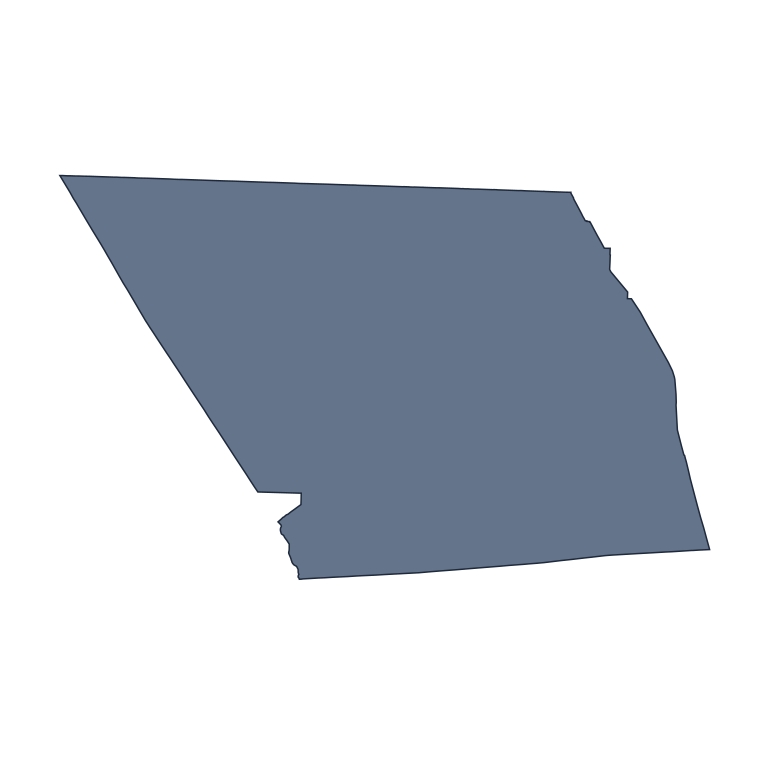 Khlong Luang, Pathum Thani, Thailand, rotated 272°
{"feature_id": "78962969B47132537574289", "entity_name": "Khlong Luang", "entity_type": "district", "adm_level": 2, "iso_a3": "THA", "parent_name": "Thailand", "parent_adm1": "Pathum Thani", "projection": "equal_earth", "projection_center": [100.696, 14.103], "detail": "fine", "context": "isolated", "style": "filled", "palette": "slate", "viewbox_px": 768, "rotation_deg": 272, "n_neighbors": 0, "source": "geoboundaries", "source_scale": "gbopen_adm2", "svg_char_len": 5825}
<svg xmlns="http://www.w3.org/2000/svg" viewBox="0 0 768 768"><g transform="rotate(272 384 384)"><path d="M185.9,306.2L186.1,308.3L186.4,310.0L186.9,315.5L187.8,325.0L188.3,331.5L189.1,339.8L190.3,354.4L191.1,362.4L191.7,369.3L192.8,382.9L193.6,391.2L194.4,400.2L194.9,406.1L195.2,409.4L196.3,422.0L196.6,425.5L197.0,428.8L198.0,436.9L199.0,445.5L199.8,452.7L200.7,461.0L203.4,484.0L205.9,505.9L207.0,514.7L208.6,529.4L209.4,535.9L210.2,543.1L210.7,547.0L211.1,550.3L212.5,559.2L213.8,567.6L214.9,575.5L215.9,582.2L217.1,590.0L218.1,597.0L219.1,603.6L220.2,610.9L220.6,614.2L221.0,618.0L221.9,627.6L222.5,634.1L223.4,643.7L224.6,657.1L225.2,663.5L225.9,671.0L226.4,677.2L228.4,697.5L228.4,698.3L229.0,704.3L229.9,715.2L240.8,711.8L251.8,708.4L261.2,705.2L273.4,701.4L299.6,693.5L308.3,691.2L316.9,688.8L320.3,687.7L323.1,686.9L323.3,686.7L323.5,686.2L332.6,683.4L348.3,678.8L373.0,676.6L375.9,676.7L383.9,676.2L398.7,674.5L401.2,673.9L407.2,671.8L415.5,667.4L452.4,644.9L464.6,637.7L477.8,628.3L477.8,624.3L479.8,624.3L481.9,624.3L484.4,624.3L503.1,607.6L504.0,606.8L506.2,605.6L506.5,605.5L513.4,605.6L519.1,605.6L520.6,605.7L520.8,605.7L520.9,605.4L521.0,605.3L521.6,605.3L525.6,605.3L527.4,605.3L527.4,605.2L527.5,605.2L527.4,601.9L527.4,599.4L533.9,595.6L539.3,592.3L544.6,589.2L552.8,584.5L552.8,584.0L553.5,583.9L553.6,581.0L554.1,581.0L554.1,579.6L554.2,579.4L556.3,578.2L557.4,577.5L558.5,576.8L561.0,575.5L564.7,573.4L570.6,570.0L575.7,567.0L576.4,567.0L581.3,564.1L582.1,564.1L582.0,558.3L582.0,556.8L582.0,554.4L582.0,552.5L582.0,551.0L582.0,549.0L582.0,548.4L582.0,546.7L582.0,545.3L582.0,544.3L582.0,541.8L582.0,538.5L582.1,537.1L582.0,535.6L582.0,533.2L582.0,531.9L582.0,529.9L582.0,527.7L582.0,524.9L582.0,523.4L582.0,522.3L582.0,520.2L582.0,519.2L582.1,514.6L582.1,513.5L582.0,512.2L582.0,511.4L582.0,510.0L582.0,508.7L582.0,507.2L582.0,505.4L582.0,503.8L582.0,501.6L582.0,499.0L582.0,497.8L582.0,496.3L582.0,494.2L582.0,491.3L582.0,490.7L582.1,489.8L582.1,488.9L582.1,487.1L582.0,485.8L582.0,480.6L582.0,479.0L582.0,477.4L582.0,475.0L582.0,473.8L582.0,472.3L582.0,471.0L582.0,470.3L581.9,468.4L581.9,467.7L581.9,466.3L581.9,465.3L581.9,464.2L581.9,463.7L582.0,461.2L582.0,460.7L581.9,459.5L581.9,457.6L581.9,457.3L582.0,456.6L582.0,456.1L582.0,455.8L581.9,455.1L581.9,454.7L582.0,451.5L582.0,448.9L582.0,446.7L582.0,443.9L582.0,442.5L582.0,439.7L582.0,436.2L582.0,435.0L582.0,433.6L582.0,432.8L581.9,429.2L581.9,427.0L581.9,425.8L581.9,424.7L581.9,423.5L581.9,421.3L581.9,418.4L581.9,417.7L581.9,416.8L582.0,416.1L581.9,415.5L581.9,414.4L581.9,413.7L581.9,410.7L581.9,409.0L581.9,407.8L581.9,407.2L581.8,406.4L581.8,406.0L581.8,403.7L581.9,401.8L581.9,399.9L581.9,397.7L581.8,395.5L581.8,394.2L581.8,389.3L581.8,386.7L581.8,382.0L581.8,378.9L581.8,375.3L581.8,373.6L581.8,370.6L581.8,367.7L581.8,364.6L581.7,353.8L581.7,350.3L581.8,348.5L581.7,342.4L581.7,341.4L581.7,339.5L581.7,336.7L581.7,333.4L581.7,330.4L581.7,328.3L581.7,327.5L581.7,324.6L581.7,320.9L581.6,307.4L581.6,305.6L581.6,301.9L581.5,294.0L581.5,292.2L581.6,287.8L581.6,280.4L581.6,276.9L581.6,271.9L581.6,266.2L581.5,260.9L581.5,245.3L581.5,239.2L581.5,231.8L581.5,226.6L581.4,216.5L581.4,213.4L581.4,209.2L581.4,207.5L581.4,196.9L581.4,195.2L581.4,189.6L581.4,189.1L581.4,186.4L581.4,185.4L581.4,180.5L581.4,178.6L581.4,175.2L581.3,172.7L581.3,169.0L581.3,167.1L581.4,162.6L581.4,155.6L581.4,154.4L581.4,150.9L581.4,150.3L581.4,146.5L581.4,145.2L581.4,140.6L581.3,133.6L581.3,130.5L581.3,129.5L581.4,127.8L581.4,123.8L581.4,118.6L581.3,113.4L581.4,109.3L581.3,107.5L581.3,105.7L581.3,104.9L581.3,101.3L581.3,95.7L581.3,89.8L581.3,88.1L581.3,82.5L581.2,76.3L581.2,71.9L581.1,68.2L581.1,65.8L581.1,63.9L581.0,60.3L581.1,55.8L581.0,52.8L577.0,55.4L564.6,63.5L558.4,67.2L553.9,70.3L549.6,73.0L544.3,76.4L539.4,79.5L527.6,87.1L514.6,95.7L508.2,99.8L501.9,103.7L495.4,107.8L482.1,115.9L475.7,119.9L468.7,124.6L463.8,127.7L460.2,130.0L455.3,133.1L450.2,136.3L444.1,140.2L440.0,142.8L438.9,143.5L437.6,144.4L435.5,145.9L433.7,147.1L432.1,148.2L427.8,151.3L421.1,156.0L407.3,165.8L401.4,170.1L396.7,173.4L388.2,179.5L379.6,185.5L371.1,191.5L358.2,200.7L352.2,205.0L345.1,209.8L338.6,214.4L332.1,219.1L325.9,223.5L322.6,225.8L309.6,234.9L304.6,238.4L299.4,242.1L294.2,245.8L288.7,249.7L282.6,253.9L276.5,258.2L271.7,261.7L272.0,305.1L265.1,305.2L260.6,305.2L254.3,297.2L253.2,295.7L252.4,294.8L251.4,293.6L251.2,293.4L250.8,293.0L250.7,292.8L250.5,292.6L249.9,291.2L249.7,290.9L249.6,290.7L249.4,290.5L249.1,290.2L247.7,288.7L247.5,288.4L247.4,288.3L247.4,288.2L247.3,287.9L247.2,287.7L245.4,286.0L244.1,284.6L242.5,282.9L242.2,283.2L239.9,285.6L239.7,285.8L239.4,286.0L238.4,286.4L238.1,286.4L237.2,286.0L236.8,285.8L236.5,285.7L236.0,285.6L235.3,285.5L234.2,285.6L233.7,285.6L233.2,285.8L231.3,286.4L230.8,286.6L230.7,286.7L230.5,286.9L230.1,287.4L229.9,287.8L229.7,288.1L229.5,288.5L229.4,288.6L229.3,288.8L229.2,288.9L229.0,289.1L228.0,289.6L227.3,290.0L225.7,291.2L224.4,292.3L221.5,294.3L221.0,294.7L220.8,294.8L220.6,294.8L220.4,294.9L219.1,294.9L216.9,295.0L215.0,295.0L214.5,295.0L214.2,295.0L214.0,294.9L212.8,294.7L212.5,294.6L212.1,294.7L211.6,294.7L211.2,294.8L209.9,295.4L208.0,296.3L206.3,297.0L205.8,297.2L205.4,297.3L205.1,297.4L204.7,297.5L204.3,297.7L203.9,297.9L203.7,298.0L203.1,298.1L202.8,298.2L202.0,298.7L201.6,298.9L200.6,299.8L200.4,300.0L200.1,300.3L199.8,300.8L199.7,301.1L199.4,301.6L199.2,301.9L199.0,302.5L198.9,302.6L198.8,302.8L198.7,302.9L198.5,303.1L197.4,303.7L196.7,304.1L195.7,304.6L195.4,304.7L194.8,304.7L193.0,304.8L192.3,304.9L192.1,305.0L191.0,305.4L190.9,305.4L190.8,305.5L190.6,305.4L190.3,305.3L190.1,305.2L189.9,305.1L189.5,305.0L188.7,304.9L188.3,304.9L188.0,305.0L187.7,305.1L187.1,305.7L187.0,305.8L186.9,305.9L186.6,306.0L185.9,306.2Z" fill="#64748b" stroke="#1e293b" stroke-width="1.5"/></g></svg>